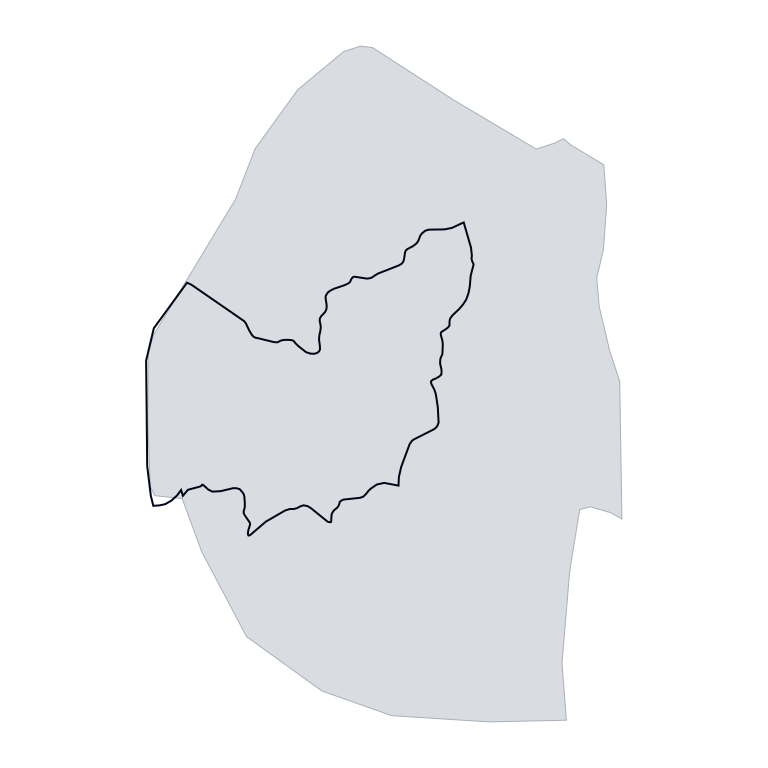 Manzini on a map of eSwatini (Natural Earth projection)
{"feature_id": "SWZ-536", "entity_name": "Manzini", "entity_type": "District", "adm_level": 1, "iso_a3": "SWZ", "parent_name": "eSwatini", "parent_adm1": "", "projection": "natural_earth1", "projection_center": [31.309, -26.515], "detail": "fine", "context": "in_parent", "style": "outline", "palette": "ink", "viewbox_px": 768, "rotation_deg": 0, "n_neighbors": 0, "source": "natural_earth", "source_scale": "10m", "svg_char_len": 2992}
<svg xmlns="http://www.w3.org/2000/svg" viewBox="0 0 768 768"><path d="M563.6,138.6L570.8,145.0L603.8,164.8L606.7,204.4L603.4,249.7L596.7,278.2L599.2,306.6L609.7,350.9L619.7,381.2L621.9,519.0L610.7,512.7L590.4,506.8L579.7,509.5L569.7,571.2L562.0,663.1L566.4,720.2L489.3,721.9L391.8,715.7L321.9,691.0L246.6,636.7L201.8,551.9L182.2,498.7L154.8,495.6L150.3,486.5L147.8,421.6L148.3,353.4L153.4,335.2L204.1,251.3L235.6,199.1L255.2,148.6L298.0,89.4L343.8,51.5L360.8,46.1L372.5,47.6L453.2,99.7L536.0,149.0L554.0,143.4L563.6,138.6Z" fill="#d9dde1" stroke="#a8b0b8" stroke-width="1"/><path d="M153.3,505.8L150.8,495.7L147.2,466.1L146.6,406.6L146.1,360.7L153.8,328.3L187.0,282.7L191.4,284.7L244.1,321.1L245.2,322.4L246.2,324.0L249.2,330.4L251.9,334.9L253.5,336.7L255.7,337.8L257.6,338.1L273.9,342.1L277.5,342.3L280.5,340.7L282.8,340.1L285.9,339.8L290.5,340.0L292.6,340.4L293.8,341.1L295.7,343.5L298.6,346.3L306.1,352.2L310.4,353.6L314.4,353.8L317.3,352.8L319.1,351.4L320.0,349.4L319.9,346.2L319.0,339.1L319.4,335.0L320.3,331.1L320.8,327.2L320.3,323.7L319.7,320.9L319.8,318.7L320.9,316.5L325.0,312.1L326.2,309.8L326.7,307.3L326.5,304.0L325.6,298.3L325.7,296.1L326.6,294.3L328.0,292.3L330.4,290.6L333.9,288.8L344.5,285.2L348.1,283.5L349.6,282.5L350.2,281.8L350.9,279.9L351.6,278.7L352.8,277.2L354.4,276.7L366.9,278.6L370.1,278.2L372.5,277.2L374.6,275.6L378.4,273.4L399.3,265.2L401.8,263.6L402.7,262.5L403.4,261.3L404.0,259.4L405.1,252.2L406.0,250.2L407.6,249.0L413.2,246.0L416.5,243.4L417.6,241.9L418.5,240.4L420.4,235.4L422.1,233.3L425.1,230.8L427.8,229.9L430.2,229.6L444.5,229.4L451.9,227.9L463.7,222.4L471.0,247.6L471.9,255.8L471.5,258.5L472.0,260.7L473.6,264.4L470.7,275.6L469.8,286.4L468.5,293.1L466.2,299.6L462.9,304.6L459.4,308.8L452.5,315.3L450.1,318.6L449.5,321.6L449.5,325.3L448.3,327.2L446.2,328.9L441.5,331.9L440.8,333.1L440.8,334.9L442.3,340.4L442.8,344.0L442.4,354.1L440.5,358.3L440.1,361.6L440.2,364.1L441.3,368.8L441.6,371.1L441.3,374.6L439.1,376.6L436.0,378.4L432.7,379.7L430.9,381.4L431.3,383.8L434.3,389.5L435.8,394.0L437.8,407.1L438.6,422.7L437.1,426.4L434.6,428.9L413.7,439.5L412.2,440.6L410.8,442.4L409.5,444.5L401.2,466.9L398.9,477.0L398.5,485.6L384.2,482.9L376.8,484.5L371.0,488.5L368.6,490.7L366.5,493.4L363.5,496.5L360.2,497.8L343.4,499.6L341.0,500.8L339.7,502.0L339.4,503.7L338.6,505.6L337.4,507.5L334.0,510.3L332.6,512.3L331.7,514.1L331.5,516.0L331.1,521.9L330.0,522.3L327.6,521.7L311.4,508.5L307.6,506.1L303.5,505.3L300.1,506.5L296.8,508.2L293.8,509.0L289.8,509.0L285.1,510.5L265.9,521.6L250.0,535.2L248.5,535.5L247.9,534.4L248.0,532.3L248.4,529.9L249.7,525.9L250.1,524.3L249.8,522.6L244.9,515.5L243.8,513.4L243.6,511.7L244.2,509.7L244.8,506.8L244.8,503.1L244.4,496.9L243.8,494.5L242.6,492.4L239.6,489.1L236.3,488.2L233.0,488.2L220.5,491.2L212.4,491.6L208.3,489.6L204.4,486.0L202.8,484.8L201.9,484.8L201.5,485.7L199.9,486.6L187.9,489.8L182.9,495.8L181.1,490.0L177.0,495.5L171.5,500.5L165.4,504.1L159.5,505.4L153.3,505.8Z" fill="none" stroke="#020617" stroke-width="2"/></svg>